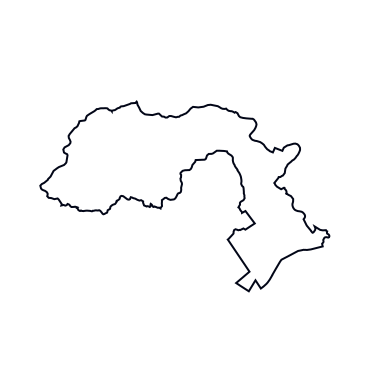 Paulis, Arad, Romania, rotated 228°
{"feature_id": "2599482B5177022501599", "entity_name": "Paulis", "entity_type": "district", "adm_level": 2, "iso_a3": "ROU", "parent_name": "Romania", "parent_adm1": "Arad", "projection": "albers", "projection_center": [21.624, 46.159], "detail": "fine", "context": "isolated", "style": "outline", "palette": "ink", "viewbox_px": 384, "rotation_deg": 228, "n_neighbors": 0, "source": "geoboundaries", "source_scale": "gbopen_adm2", "svg_char_len": 6012}
<svg xmlns="http://www.w3.org/2000/svg" viewBox="0 0 384 384"><g transform="rotate(228 192 192)"><path d="M205.8,286.1L206.2,285.6L210.2,281.8L213.0,279.4L215.3,277.9L217.1,277.7L220.1,278.5L222.2,277.9L222.5,276.9L222.5,276.7L223.7,276.4L225.4,275.6L226.2,274.8L227.8,273.6L228.4,273.4L229.3,273.2L231.2,273.1L231.3,272.7L232.1,271.6L233.4,270.4L234.8,269.7L236.7,269.2L238.5,268.6L244.3,264.3L246.0,262.0L247.6,257.7L250.6,253.3L254.6,249.7L254.9,246.7L254.4,243.4L254.4,240.3L255.3,237.7L255.7,236.2L256.5,234.6L256.5,232.8L257.4,231.7L258.2,230.1L260.2,228.7L262.3,227.4L263.4,226.3L263.7,225.7L263.9,223.5L265.1,222.1L266.7,221.6L268.2,220.2L272.3,219.9L273.0,219.2L275.6,214.1L279.9,210.1L281.3,209.0L283.6,208.4L286.5,208.1L290.2,209.2L293.3,209.9L295.5,211.2L296.2,211.3L296.0,209.5L298.7,206.1L299.0,204.7L301.5,198.7L303.1,196.5L303.2,195.4L303.0,194.8L303.8,193.2L304.1,192.2L304.2,191.1L304.5,189.4L305.3,188.2L306.0,186.8L305.6,186.4L306.5,186.5L308.0,185.4L309.4,185.1L310.7,185.1L311.8,184.2L315.5,179.9L316.4,177.9L317.4,176.6L317.3,175.3L317.4,173.6L318.5,168.0L318.9,165.0L318.5,163.8L316.9,161.1L316.9,160.2L319.4,156.6L319.9,155.6L318.9,154.2L317.5,150.8L317.6,148.8L318.0,147.4L317.8,146.2L316.9,140.0L316.2,137.8L314.5,136.6L312.4,136.1L310.6,135.4L309.7,134.2L309.3,131.7L310.4,127.2L309.7,124.8L307.0,123.3L305.5,123.7L303.6,124.5L302.6,124.1L298.1,118.5L297.8,117.4L297.7,115.0L299.6,109.7L299.9,107.6L300.3,103.3L298.1,97.2L297.9,93.6L297.5,93.0L297.7,88.3L298.4,85.7L298.2,83.5L295.7,82.2L294.5,82.1L293.0,82.6L291.3,83.5L289.2,84.0L287.5,83.7L286.4,82.7L285.8,81.6L283.6,81.6L281.6,83.4L278.8,84.9L277.1,87.8L275.5,87.9L270.1,87.1L269.4,85.9L268.3,87.9L266.7,88.7L266.3,89.5L266.1,90.4L266.4,91.5L265.1,92.2L264.1,92.3L262.7,92.1L261.5,92.4L259.7,94.5L259.4,95.2L257.7,96.3L257.1,96.6L257.1,95.7L256.0,95.9L255.3,95.7L254.8,95.5L254.4,95.5L252.9,96.0L252.7,96.2L252.7,96.8L252.4,97.2L251.5,97.5L251.0,98.1L250.4,98.6L250.1,99.2L249.7,99.7L249.3,100.4L248.2,101.7L246.2,103.6L245.2,104.3L244.9,104.5L244.5,104.9L244.4,105.8L243.9,106.2L243.3,107.4L242.7,108.3L241.7,109.2L241.1,109.8L240.9,110.1L240.8,110.5L240.6,110.8L239.3,111.3L238.9,111.2L237.4,111.2L235.7,111.0L234.8,111.2L234.3,112.1L234.0,113.5L233.5,115.1L233.7,115.5L234.2,116.2L234.5,116.7L234.8,117.0L234.8,117.5L234.3,119.6L234.5,120.1L235.2,120.9L235.6,121.6L235.7,122.2L235.6,124.2L235.1,125.6L234.6,126.6L234.6,127.3L235.2,129.6L235.7,129.7L235.8,130.4L235.5,131.1L235.3,132.4L235.4,133.8L236.1,134.5L236.6,136.1L236.2,137.1L234.8,138.1L229.7,139.1L228.5,140.0L228.2,141.1L228.7,142.1L229.1,143.0L227.9,143.8L226.8,144.2L225.0,145.4L222.9,146.1L220.8,147.2L220.0,148.7L217.7,149.4L216.8,148.5L214.1,147.4L212.6,148.1L211.6,148.6L211.5,149.2L209.9,150.4L209.2,150.5L209.0,151.1L209.2,151.9L210.1,152.5L210.7,153.1L210.8,153.4L209.5,153.6L206.9,153.2L206.6,153.4L206.4,153.8L206.5,154.0L206.3,154.5L205.2,155.0L204.8,155.3L204.3,155.5L203.5,155.8L202.9,156.3L202.4,157.1L200.8,157.6L201.2,158.1L201.6,160.3L203.7,161.9L204.8,163.1L206.1,164.2L205.9,165.6L205.8,167.8L204.9,169.1L202.7,169.6L200.6,170.7L198.6,173.6L198.4,175.2L199.0,177.3L200.1,179.9L200.2,181.0L199.5,182.2L199.5,183.6L200.1,184.6L201.0,185.6L202.4,186.7L204.6,189.9L205.9,190.7L207.7,191.1L208.4,191.5L209.8,192.5L210.1,193.5L212.0,195.4L213.2,195.5L213.8,196.2L213.9,197.0L214.0,199.2L212.9,201.3L210.0,204.8L209.9,206.6L210.5,208.3L211.8,210.4L212.3,214.6L213.3,216.1L207.5,223.1L207.4,224.6L209.1,227.6L209.1,229.9L207.2,232.1L206.6,233.5L206.1,238.0L204.8,239.5L201.0,243.3L198.7,245.2L197.8,244.7L196.1,244.7L192.7,245.7L190.8,245.6L190.1,245.3L188.2,243.5L186.7,242.6L185.3,242.0L183.5,241.7L182.8,241.3L180.7,240.9L179.5,240.9L177.9,240.6L177.7,240.3L174.2,239.8L172.0,239.1L170.4,238.4L167.9,236.8L166.7,235.8L165.7,234.6L165.3,234.1L164.8,233.8L162.8,233.3L162.5,233.3L161.6,233.5L160.5,233.0L157.1,230.4L156.5,229.7L154.4,228.7L153.4,227.7L152.2,227.0L151.7,225.6L151.5,224.7L151.7,223.7L152.1,221.7L152.0,220.8L151.8,220.3L150.4,219.1L150.0,217.6L149.5,216.2L148.6,216.4L147.8,216.3L146.7,215.9L145.2,215.7L143.6,215.7L143.0,215.2L142.1,219.0L126.6,217.6L127.3,213.3L128.3,206.5L130.5,205.8L130.6,205.4L131.5,202.3L132.0,202.0L132.6,200.8L133.7,200.3L135.2,199.4L135.5,197.9L134.7,196.4L133.4,195.1L133.3,194.8L132.6,187.3L132.7,186.8L94.3,181.4L94.8,163.9L89.8,165.2L80.2,167.8L83.9,180.1L74.2,178.6L73.9,182.0L73.9,185.7L74.1,187.6L74.9,191.2L76.4,195.9L76.5,195.9L78.8,202.9L81.2,210.5L81.7,212.6L81.8,213.2L77.2,231.4L75.7,233.9L74.4,236.2L71.9,238.8L69.8,241.9L64.1,252.7L65.7,253.6L66.5,254.1L66.7,255.9L67.3,256.7L68.5,257.4L69.3,259.4L69.3,260.4L68.8,261.3L68.1,262.0L67.0,262.7L66.7,263.6L67.3,264.6L68.1,265.0L69.0,265.1L70.7,264.6L71.3,264.9L72.2,265.9L72.3,266.1L73.1,265.8L74.0,266.0L76.0,263.5L78.1,261.9L84.3,260.1L82.4,259.4L81.4,258.2L80.8,255.8L80.9,254.5L81.1,254.3L83.1,254.3L83.4,254.5L90.3,254.8L97.1,256.7L97.4,258.3L97.8,259.2L98.5,260.0L99.8,260.6L101.0,260.7L102.5,260.7L103.9,260.3L105.7,259.0L107.1,257.8L108.8,256.9L110.0,256.5L111.4,256.5L112.5,256.7L113.7,257.1L114.8,257.7L115.9,258.6L116.6,259.8L117.2,260.6L117.3,260.8L119.1,262.5L122.7,262.8L125.7,261.6L126.8,261.5L127.2,261.0L127.8,260.9L128.2,261.8L129.4,262.7L130.6,263.0L132.4,263.0L133.2,263.5L133.6,263.2L134.4,260.1L139.1,258.7L141.6,258.7L142.9,259.2L143.6,259.2L144.6,265.4L145.1,266.4L144.0,267.7L143.8,269.5L143.4,270.5L144.0,273.6L146.9,277.1L147.9,280.4L148.4,281.4L148.3,284.4L148.2,285.9L148.3,287.5L147.9,289.5L148.1,291.8L148.7,294.2L148.6,294.7L149.2,296.8L150.2,299.1L150.9,300.4L152.5,301.8L154.4,302.3L155.5,302.4L156.9,302.3L158.8,301.2L159.9,299.8L162.0,295.3L162.8,294.1L163.5,289.9L162.1,286.7L169.3,283.1L167.3,278.6L170.4,277.1L171.1,277.1L173.5,276.5L176.6,276.6L179.0,277.0L181.1,276.7L183.4,276.1L186.6,274.2L187.9,273.1L190.4,271.8L192.1,271.7L193.9,272.0L195.1,272.4L195.7,273.6L196.4,279.7L197.3,282.3L198.2,284.0L199.1,285.2L200.9,286.1L204.2,286.5L205.8,286.1Z" fill="none" stroke="#020617" stroke-width="2"/></g></svg>